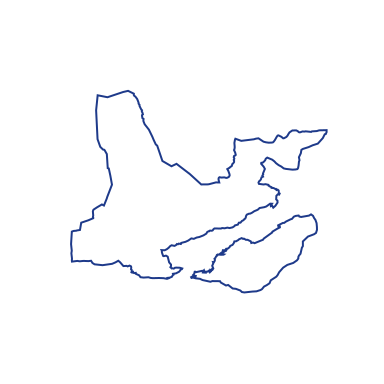 Dyrøy nor, Troms, Norway (orthographic projection), rotated 208°
{"feature_id": "86288312B15388933867653", "entity_name": "Dyrøy nor", "entity_type": "district", "adm_level": 2, "iso_a3": "NOR", "parent_name": "Norway", "parent_adm1": "Troms", "projection": "orthographic", "projection_center": [17.654, 69.021], "detail": "fine", "context": "isolated", "style": "outline", "palette": "blue", "viewbox_px": 384, "rotation_deg": 208, "n_neighbors": 0, "source": "geoboundaries", "source_scale": "gbopen_adm2", "svg_char_len": 6067}
<svg xmlns="http://www.w3.org/2000/svg" viewBox="0 0 384 384"><g transform="rotate(208 192 192)"><path d="M320.7,233.1L315.0,219.1L300.2,194.3L294.2,188.8L290.5,187.7L289.2,188.1L288.8,187.9L285.0,185.5L277.6,173.5L276.5,173.7L271.7,168.0L266.1,160.9L264.5,147.7L264.2,146.3L263.4,138.7L265.7,138.7L268.7,133.8L270.6,130.3L270.7,129.6L270.4,128.3L268.2,124.9L267.7,123.3L267.0,122.8L266.9,122.5L270.3,118.3L275.4,112.9L273.1,105.9L275.7,103.9L276.0,103.5L278.3,102.0L279.5,100.6L274.3,89.2L270.6,83.7L269.7,81.2L266.8,77.0L265.8,74.9L265.3,74.2L260.9,77.3L258.6,78.1L255.5,80.2L251.1,82.3L248.8,83.9L246.6,82.6L244.1,82.4L236.6,85.4L228.8,91.1L226.5,94.0L224.8,96.7L222.5,96.2L217.8,94.4L215.0,96.1L213.9,96.1L212.6,97.7L210.9,97.7L210.3,97.0L209.5,95.1L208.5,94.8L208.0,93.9L207.8,92.7L207.0,92.7L206.4,93.8L205.7,93.2L205.0,93.2L203.7,94.2L203.1,93.4L199.5,93.6L197.5,92.6L194.6,93.7L190.4,96.3L188.2,96.7L186.2,97.5L180.9,100.5L176.8,102.5L173.3,103.6L172.2,104.8L172.8,105.0L171.6,105.8L170.0,107.6L169.9,109.6L169.5,110.3L170.3,110.9L167.9,112.7L166.0,115.5L165.7,116.5L165.6,118.1L164.7,119.1L164.7,119.9L167.2,119.4L170.3,117.9L171.5,117.1L172.1,115.8L173.9,115.3L174.1,115.0L175.8,115.5L175.7,116.7L176.5,118.1L179.1,119.1L183.1,123.5L185.1,123.6L186.8,122.1L187.5,122.0L190.1,124.4L191.2,126.1L191.6,126.4L188.8,127.7L187.4,129.6L186.4,131.9L185.9,133.9L185.0,135.4L182.2,136.2L181.5,137.1L181.1,137.9L180.9,139.0L179.9,139.2L179.5,140.2L177.8,140.7L177.8,141.1L177.4,141.1L177.4,142.2L174.4,144.9L172.5,147.4L170.8,150.7L168.4,151.5L166.5,154.0L164.4,155.7L161.5,159.1L159.8,162.0L159.8,163.7L158.9,165.2L158.4,165.4L158.0,166.4L156.3,167.1L155.7,167.9L155.6,169.2L155.1,170.3L149.2,173.4L148.5,174.3L146.1,175.3L144.1,177.1L141.9,177.8L139.6,179.8L138.5,181.8L138.4,182.7L136.2,184.7L136.2,186.9L134.8,187.7L134.3,189.9L133.3,191.3L133.0,192.8L132.5,193.5L132.6,195.0L133.0,195.9L133.0,197.7L131.6,199.5L130.4,200.3L129.2,202.0L128.0,204.3L126.1,206.6L125.5,207.5L124.8,209.6L121.1,212.5L119.6,214.1L117.5,218.4L116.0,219.1L116.3,217.6L115.7,216.6L114.9,217.6L112.9,216.3L111.9,218.9L111.5,222.8L112.5,224.5L114.2,225.0L115.7,228.2L115.2,230.2L113.8,230.6L113.9,231.8L114.8,231.8L116.2,234.0L117.5,234.3L118.2,233.4L118.9,233.6L119.3,234.1L119.8,233.8L121.8,233.8L123.7,233.0L124.1,233.6L126.3,233.4L126.5,233.6L127.5,233.6L127.9,234.2L130.8,233.4L132.4,232.2L136.7,230.6L137.7,231.5L137.8,232.9L137.3,234.1L137.1,235.5L137.5,237.6L136.5,238.9L137.6,239.6L137.4,241.0L138.0,241.6L138.5,246.6L140.6,248.0L144.2,249.4L144.5,250.3L143.3,251.2L142.7,252.7L142.3,254.4L142.5,256.0L141.7,257.7L136.3,258.2L133.6,257.7L131.3,256.9L128.1,256.4L125.2,256.4L122.1,255.9L119.9,256.5L113.8,258.9L111.3,260.4L109.7,261.7L109.6,263.0L110.4,265.6L111.8,269.0L112.0,270.5L113.9,272.9L114.1,277.3L115.2,280.6L114.3,282.1L110.1,286.4L107.4,289.9L103.6,293.8L101.8,301.0L101.9,305.3L101.1,306.0L101.3,308.1L102.2,309.8L108.6,306.2L110.4,304.4L114.6,301.8L115.0,301.0L120.2,298.9L120.8,298.3L122.9,297.3L124.4,295.6L125.2,295.1L125.8,295.0L127.4,295.4L129.0,295.3L132.3,293.4L133.9,290.4L134.1,288.3L134.1,286.7L134.5,284.9L136.0,282.7L136.7,282.2L139.0,282.7L142.2,282.6L142.9,282.0L143.1,280.5L143.2,276.8L143.5,274.8L143.8,273.9L144.6,273.2L147.3,271.6L150.0,270.6L152.5,270.0L158.5,270.6L160.6,269.1L162.1,267.6L172.5,260.3L178.7,259.4L178.6,258.3L177.6,255.2L175.8,252.4L175.1,251.1L174.6,249.5L174.6,248.8L172.3,247.0L170.8,245.3L171.0,244.5L171.7,243.7L171.7,243.3L171.5,242.3L170.4,241.5L170.2,240.9L170.2,239.9L169.5,239.4L168.9,238.1L169.1,236.7L169.5,235.6L169.1,233.6L169.9,232.1L170.2,231.1L171.6,228.8L170.0,227.8L167.2,225.3L166.5,224.2L166.5,222.8L167.4,221.3L168.4,220.5L170.3,220.1L172.9,218.5L174.6,218.0L175.0,217.2L174.8,216.2L174.3,215.3L172.4,213.2L175.4,211.7L180.7,206.8L181.9,206.0L187.4,203.0L202.2,206.8L218.9,209.6L222.2,205.1L232.7,205.5L244.5,216.6L246.3,217.0L250.3,220.0L253.0,222.2L259.3,226.8L265.6,229.6L268.0,231.6L268.5,232.3L269.1,233.8L270.4,233.9L272.0,235.9L272.2,236.9L271.8,237.5L273.2,239.0L273.9,239.3L274.5,240.2L274.5,240.7L275.8,241.2L278.8,243.4L279.2,244.3L280.6,244.9L281.2,245.9L284.1,248.4L286.9,249.7L288.1,249.8L289.0,250.4L289.5,251.5L295.9,251.3L299.7,248.0L311.1,236.0L320.7,233.1ZM149.1,118.7L150.4,118.4L150.9,117.7L151.9,117.8L152.8,116.4L152.1,115.9L151.0,116.9L148.3,117.5L144.2,119.1L141.4,119.2L133.6,121.4L132.2,122.9L125.4,126.4L124.1,125.6L118.1,125.4L116.4,126.9L110.8,125.9L107.8,127.1L103.0,127.7L101.0,127.1L98.6,127.9L92.0,132.4L88.4,134.6L85.5,137.6L84.6,139.1L84.0,142.3L82.3,144.8L80.7,147.8L81.0,151.0L77.8,156.8L77.4,158.9L77.4,162.1L76.0,168.0L73.6,172.4L69.3,176.9L67.2,181.0L66.9,183.1L67.6,184.6L67.7,186.1L67.2,188.4L68.8,194.3L68.7,196.3L70.9,200.4L68.7,207.1L64.4,212.0L63.3,214.1L63.9,217.3L65.3,219.8L67.4,223.0L69.9,225.3L71.9,226.3L74.0,227.8L76.4,228.1L77.6,226.1L83.9,221.2L85.7,220.7L86.8,221.3L89.3,219.5L90.5,218.0L91.1,215.2L92.1,214.2L95.1,210.1L96.1,208.0L97.2,207.4L100.3,203.0L99.2,201.8L98.2,202.6L97.8,202.0L99.6,199.4L102.4,194.7L102.2,193.9L106.8,184.5L106.9,183.2L112.7,176.2L114.4,176.0L115.7,174.8L116.9,176.0L120.5,175.9L121.9,175.1L124.3,175.2L124.8,174.6L126.5,174.6L128.3,172.3L128.6,171.3L130.0,169.1L131.4,168.3L131.1,166.4L131.4,164.3L132.9,162.4L133.0,160.7L133.9,158.7L135.2,157.9L135.3,157.2L134.4,157.3L134.3,156.1L135.0,155.3L135.0,156.2L137.4,155.1L137.1,154.0L135.9,154.2L135.8,153.7L137.5,152.3L138.2,150.7L134.5,151.9L134.7,151.5L136.9,150.2L140.0,148.9L140.4,148.2L139.9,147.7L140.5,146.5L140.4,145.0L140.8,143.6L139.9,142.9L139.6,141.6L139.7,140.6L139.8,140.3L140.3,140.1L139.8,139.8L140.0,139.2L139.8,139.1L139.6,138.7L139.6,137.6L139.5,136.3L137.3,134.5L137.4,133.1L138.1,133.2L138.0,131.6L139.5,131.8L139.5,130.9L138.4,130.1L138.6,129.4L140.3,130.2L141.0,128.9L142.3,128.2L141.9,127.3L144.7,126.0L145.0,126.7L144.1,127.9L144.7,128.5L145.1,127.1L146.0,127.2L150.7,123.2L152.0,123.1L152.1,122.9L152.0,122.7L151.8,122.7L152.1,122.4L151.6,120.9L152.0,119.4L150.8,119.0L149.3,119.6L149.1,118.7Z" fill="none" stroke="#1e3a8a" stroke-width="2"/></g></svg>